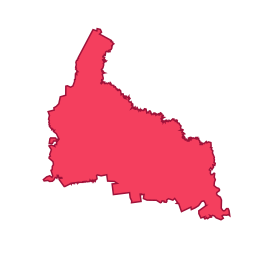 the district of Huimanguillo, Tabasco, Mexico, rotated 173°
{"feature_id": "50627088B79182131187687", "entity_name": "Huimanguillo", "entity_type": "district", "adm_level": 2, "iso_a3": "MEX", "parent_name": "Mexico", "parent_adm1": "Tabasco", "projection": "albers", "projection_center": [-93.695, 17.762], "detail": "fine", "context": "isolated", "style": "filled", "palette": "rose", "viewbox_px": 256, "rotation_deg": 173, "n_neighbors": 0, "source": "geoboundaries", "source_scale": "gbopen_adm2", "svg_char_len": 5809}
<svg xmlns="http://www.w3.org/2000/svg" viewBox="0 0 256 256"><g transform="rotate(173 128 128)"><path d="M150.7,229.9L168.9,203.8L168.7,203.2L169.7,202.6L169.9,201.5L170.8,201.3L171.7,199.5L171.6,197.0L172.6,194.6L172.0,193.7L172.8,192.9L170.9,190.0L172.1,189.9L172.3,188.6L172.7,189.1L173.0,188.8L172.5,187.4L173.6,187.8L174.4,182.7L175.1,182.6L175.4,180.6L177.6,176.4L180.0,175.5L183.1,177.3L184.6,177.1L185.8,168.1L191.4,167.2L193.7,160.5L196.5,158.2L199.1,157.1L199.1,154.8L205.3,154.0L204.4,150.1L205.8,146.4L205.2,145.1L205.9,142.9L205.4,142.2L206.0,140.8L205.2,139.7L205.7,139.2L204.4,137.0L203.6,136.8L203.9,135.6L202.7,135.8L202.4,134.6L201.4,134.6L202.3,133.6L199.8,131.1L197.8,125.4L198.7,124.5L199.1,125.5L199.9,125.2L200.7,125.8L201.1,126.9L206.0,127.6L206.8,126.8L208.1,122.2L204.8,122.0L203.5,124.1L200.2,123.8L199.9,123.2L200.5,122.8L200.9,120.3L202.2,120.7L203.2,119.4L203.0,118.7L206.1,120.4L208.6,119.8L206.7,115.8L208.9,111.2L208.5,109.5L209.8,108.8L210.0,107.6L206.6,103.9L206.4,102.0L206.6,100.5L207.8,99.2L208.4,95.8L209.6,95.4L208.5,89.6L209.5,88.2L211.5,90.1L214.7,89.4L218.3,87.1L217.7,85.7L213.9,85.7L212.3,84.5L209.6,84.4L207.9,85.5L206.3,87.7L205.3,87.7L204.7,86.8L203.8,88.6L204.0,89.6L203.1,89.5L202.8,87.2L199.8,86.9L199.7,86.3L202.6,86.3L202.6,85.2L198.5,77.7L197.8,77.6L191.6,79.8L191.2,79.2L191.0,80.1L188.5,79.5L188.8,80.1L185.4,80.1L185.2,79.7L185.1,80.2L185.0,79.6L184.8,80.2L184.8,79.6L184.0,79.6L184.0,80.1L179.4,79.6L179.3,80.2L177.9,80.2L177.9,79.7L176.9,79.6L176.9,80.1L175.5,80.1L175.2,79.6L172.5,79.6L172.3,80.1L172.2,79.5L172.1,80.2L171.0,79.7L170.9,80.1L170.7,79.7L169.7,80.2L169.7,79.6L169.3,80.2L168.9,79.4L168.8,80.2L168.1,79.3L167.3,80.2L166.9,79.3L166.2,80.7L164.9,81.3L165.0,84.6L164.2,85.2L160.5,83.8L154.8,84.2L154.7,77.8L147.9,76.6L145.4,74.4L150.6,74.4L150.6,63.7L134.3,63.7L134.3,58.5L133.2,55.2L133.6,53.4L124.0,53.5L124.0,60.9L122.7,60.8L122.9,60.2L120.2,60.1L121.3,56.1L117.9,54.1L108.6,52.8L105.0,49.9L104.0,50.1L103.2,51.4L101.8,51.3L101.1,51.0L101.2,50.1L99.1,49.6L98.4,50.4L98.3,51.9L96.4,52.9L92.2,50.9L90.2,52.4L87.9,48.1L89.1,47.3L86.9,46.8L85.1,38.5L75.2,41.8L75.1,39.3L71.3,40.5L67.4,42.3L64.0,46.1L61.6,46.4L60.3,43.6L60.5,41.7L59.7,41.6L67.8,37.2L68.1,34.3L66.6,29.8L63.1,30.5L63.6,30.0L62.8,28.4L61.8,28.6L61.2,29.6L60.0,28.3L58.0,29.5L56.3,29.4L57.2,31.1L55.7,30.3L54.7,31.0L53.0,30.2L51.5,28.1L46.9,25.6L44.4,26.8L45.4,29.2L44.0,30.0L40.4,29.4L39.1,29.9L37.7,28.5L37.8,33.8L38.5,35.8L40.0,36.0L42.0,34.2L43.1,34.1L44.1,34.8L45.2,37.1L44.0,45.1L44.8,48.1L47.6,50.4L48.1,51.9L47.7,53.1L44.9,54.7L44.7,55.8L45.3,57.0L47.4,58.0L49.6,60.4L48.8,63.9L47.6,66.0L48.4,68.7L47.5,72.3L48.1,72.7L49.9,71.5L51.3,71.6L51.8,73.2L51.2,75.5L52.4,76.5L50.8,78.4L49.7,76.5L47.8,78.8L48.2,81.0L46.4,80.4L45.7,82.4L46.8,83.2L46.1,85.9L46.4,87.2L45.9,88.2L47.2,93.0L46.6,95.1L47.9,96.6L47.2,98.2L48.4,98.6L47.7,99.8L47.5,103.4L49.9,104.4L51.5,103.7L52.0,105.0L54.4,103.2L56.3,104.0L56.3,102.6L58.4,102.8L58.4,103.3L57.4,103.4L57.5,105.1L58.5,105.2L58.5,106.8L59.4,107.8L59.2,108.9L60.6,108.8L60.0,110.1L61.9,110.3L62.1,109.2L64.3,110.2L65.0,109.7L66.6,111.0L66.9,110.4L66.1,110.4L66.8,108.9L68.2,111.5L68.2,109.2L69.3,110.3L69.7,108.9L68.6,108.6L69.0,107.6L70.8,107.9L71.4,109.7L72.6,109.1L73.1,109.9L72.6,110.9L73.7,111.6L74.3,110.9L75.2,111.8L74.8,113.6L74.6,112.5L73.2,112.5L74.6,114.9L72.5,115.3L73.5,116.5L75.0,116.9L73.6,119.5L74.1,119.8L74.8,118.8L76.3,119.3L75.3,119.5L75.8,122.4L75.1,123.5L76.6,125.5L76.5,126.3L78.4,127.3L78.4,128.5L79.6,128.7L78.3,129.5L78.6,130.0L81.0,130.0L81.9,130.6L81.4,131.2L82.4,131.6L85.1,129.7L86.3,130.7L87.0,129.5L89.0,129.9L89.3,130.5L88.6,130.9L89.2,131.2L90.2,130.5L90.5,129.1L91.3,130.5L92.3,129.3L92.2,130.0L92.9,129.6L93.8,130.6L92.8,131.4L93.7,132.2L93.9,133.2L92.8,133.1L93.0,134.3L92.0,133.6L90.8,134.1L92.4,134.6L91.5,136.2L92.2,136.6L92.5,136.1L92.8,138.1L93.8,139.1L94.9,138.4L94.0,138.1L94.9,137.1L96.2,137.4L96.1,138.3L98.4,137.5L98.0,138.4L98.8,139.0L99.0,138.3L99.6,139.6L100.5,139.6L100.3,138.8L100.9,139.1L101.4,138.4L102.4,139.1L103.2,137.8L102.8,139.2L103.9,140.0L103.3,140.8L104.1,142.3L104.8,142.3L106.2,140.6L106.7,140.8L106.2,141.6L107.5,140.8L107.8,144.6L109.2,145.1L109.8,144.5L109.4,144.0L110.9,143.4L112.3,144.3L113.0,143.7L113.2,144.8L113.7,143.9L114.2,144.4L114.9,143.8L114.8,145.0L115.9,144.9L116.6,148.0L116.5,146.6L117.7,145.6L119.4,145.8L118.4,146.1L118.4,147.5L119.1,146.7L119.4,147.5L120.0,146.9L120.3,147.8L122.3,146.9L120.5,149.4L120.8,150.8L121.5,149.8L121.8,150.2L121.4,151.1L120.6,151.3L121.4,152.0L121.8,153.7L122.5,153.2L123.6,153.8L124.2,155.6L122.4,157.0L123.0,158.1L123.9,156.8L123.5,159.1L124.3,158.2L125.6,159.0L125.6,159.7L127.5,160.2L128.0,160.0L128.1,159.5L127.7,159.8L126.5,157.4L127.8,158.0L128.8,159.6L128.6,162.3L129.8,162.6L130.7,161.9L130.8,165.9L132.1,167.4L132.5,167.1L132.1,166.5L133.4,166.4L133.9,166.7L133.8,167.9L135.5,168.2L134.8,168.4L135.6,170.5L136.9,170.4L136.9,171.9L139.5,172.8L139.5,174.3L140.1,175.2L140.7,174.1L141.9,175.1L143.2,174.5L144.1,175.2L145.5,174.8L146.1,175.4L145.6,176.4L147.0,176.7L149.1,175.2L149.5,175.9L147.7,177.5L148.4,178.2L148.1,179.2L147.0,179.0L146.5,180.5L147.0,184.4L145.7,185.4L144.3,185.5L146.7,186.7L146.9,187.5L145.9,187.6L147.2,189.2L145.6,190.7L144.4,193.7L144.6,195.0L143.7,195.8L143.9,197.0L142.0,196.5L141.4,197.1L142.7,197.2L142.2,198.2L142.8,198.7L143.2,197.8L144.4,197.9L144.8,198.9L143.4,199.3L142.6,200.9L144.3,201.6L144.1,202.3L142.5,203.0L142.5,203.6L141.7,203.1L140.9,206.1L139.9,206.7L138.7,206.1L138.1,206.9L137.8,206.0L136.5,206.0L136.4,207.7L135.2,208.0L134.2,209.5L134.2,211.5L133.5,211.5L133.3,212.5L131.8,213.3L133.0,214.6L132.8,215.2L134.3,215.9L133.8,216.8L144.8,224.7L142.6,226.3L143.4,229.2L146.5,230.4L147.1,228.2L150.7,229.9Z" fill="#f43f5e" stroke="#9f1239" stroke-width="1.5"/></g></svg>